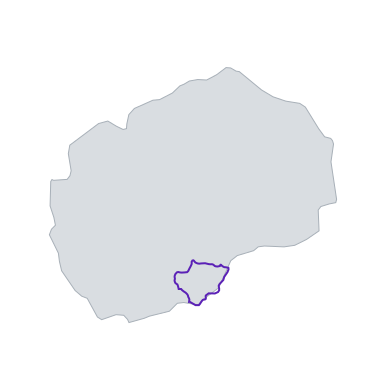 location of Novaci within North Macedonia, rotated 348°
{"feature_id": "MKD-2947", "entity_name": "Novaci", "entity_type": "Statistical Region", "adm_level": 1, "iso_a3": "MKD", "parent_name": "North Macedonia", "parent_adm1": "", "projection": "equal_earth", "projection_center": [21.636, 41.014], "detail": "fine", "context": "in_parent", "style": "outline", "palette": "violet", "viewbox_px": 384, "rotation_deg": 348, "n_neighbors": 0, "source": "natural_earth", "source_scale": "10m", "svg_char_len": 2289}
<svg xmlns="http://www.w3.org/2000/svg" viewBox="0 0 384 384"><g transform="rotate(348 192 192)"><path d="M173.0,94.1L179.5,94.9L193.4,91.1L202.2,85.7L206.6,84.9L212.5,82.9L221.0,83.2L229.6,85.5L240.5,82.4L251.2,77.4L255.6,78.7L260.2,82.9L263.3,84.1L281.2,106.6L291.0,115.7L302.6,122.6L315.8,127.7L320.5,132.5L329.1,156.5L333.2,165.6L338.8,168.4L340.1,171.0L340.4,174.5L334.2,191.4L331.9,229.3L330.4,232.3L323.8,232.2L315.0,233.0L311.7,235.9L308.2,256.4L294.2,262.2L281.4,265.5L270.6,264.8L251.6,259.9L245.4,259.4L240.1,262.2L223.1,263.6L215.7,267.2L198.2,291.2L180.5,299.5L174.5,303.7L161.0,298.4L154.5,297.8L145.1,303.9L124.5,304.6L119.0,305.6L103.2,306.6L102.5,303.3L99.6,298.4L92.2,296.2L77.1,298.1L73.5,294.6L67.4,274.2L62.5,271.0L57.2,264.1L48.1,242.0L47.9,232.4L48.6,224.0L43.6,204.2L46.8,199.2L51.5,196.1L51.6,188.1L50.3,176.1L56.0,152.4L57.6,150.7L59.0,151.8L72.5,153.7L76.0,150.7L78.2,146.1L79.0,128.8L82.2,120.8L114.9,105.6L124.4,105.1L131.8,112.0L137.6,116.5L141.1,116.4L142.4,111.9L146.3,103.2L153.0,98.3L172.8,94.1L173.0,94.1Z" fill="#d9dde1" stroke="#a8b0b8" stroke-width="1"/><path d="M195.6,295.5L193.3,296.0L187.2,294.6L184.0,296.1L183.7,296.7L183.5,298.7L183.0,299.6L182.4,299.8L180.8,299.7L180.1,299.8L178.9,300.7L176.2,303.4L175.2,304.1L171.9,303.4L166.8,298.8L166.3,298.8L166.9,297.2L167.0,297.0L167.0,295.6L166.5,293.7L166.5,292.4L166.1,291.1L164.9,289.2L163.3,287.6L161.8,285.8L161.3,284.7L160.2,284.4L158.8,284.1L158.8,282.9L158.7,280.8L158.5,279.4L157.6,278.5L157.1,277.9L156.7,277.3L156.5,275.7L156.6,274.6L157.0,274.0L157.3,273.0L157.3,271.5L157.5,270.8L157.8,270.1L158.8,268.7L160.7,267.4L161.9,267.4L163.6,268.2L165.2,268.7L167.9,269.1L170.5,269.4L171.8,268.6L173.6,266.3L175.3,264.3L176.7,262.4L177.2,260.1L178.2,259.1L179.1,259.1L179.6,259.6L180.1,260.7L180.7,261.7L182.5,263.0L184.1,263.6L186.2,263.8L188.8,264.2L190.0,264.4L192.5,265.6L193.8,266.2L195.4,266.6L196.6,266.8L197.7,267.5L198.9,269.1L199.9,269.7L201.5,270.2L203.0,270.2L204.1,270.1L204.6,269.2L205.0,269.1L205.3,269.3L205.8,270.2L206.7,271.2L208.0,272.3L209.3,272.6L211.8,273.7L211.8,273.8L211.8,274.3L211.6,275.4L210.0,277.8L205.9,281.7L204.3,284.6L199.9,287.7L198.7,289.1L198.5,290.4L198.5,292.0L198.1,293.8L196.6,295.3L195.6,295.5Z" fill="none" stroke="#5b21b6" stroke-width="2"/></g></svg>